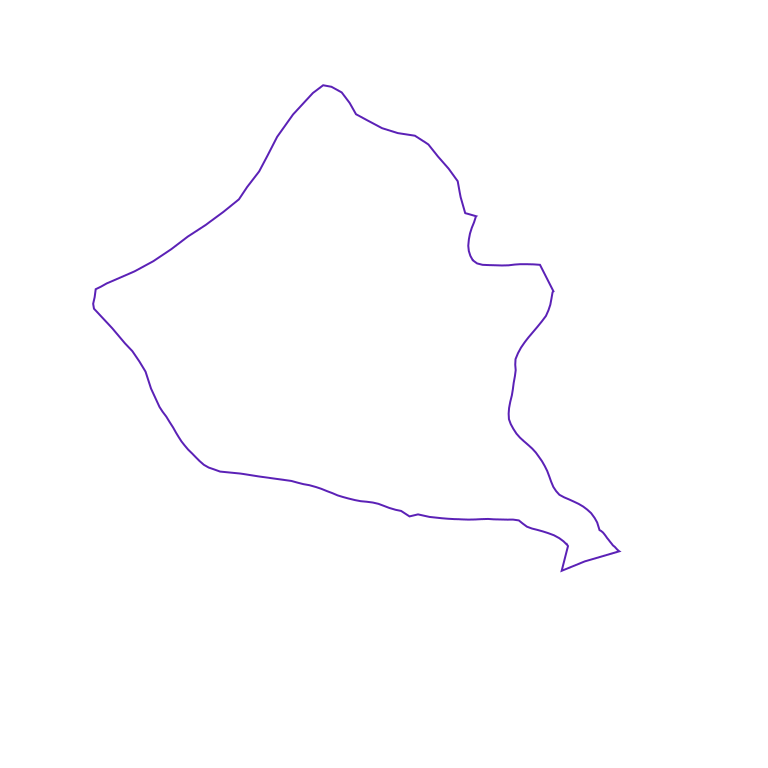 outline of Yafi', Lahij, Yemen, rotated 233°
{"feature_id": "15242507B78298704524990", "entity_name": "Yafi'", "entity_type": "district", "adm_level": 2, "iso_a3": "YEM", "parent_name": "Yemen", "parent_adm1": "Lahij", "projection": "equal_earth", "projection_center": [45.205, 13.861], "detail": "fine", "context": "isolated", "style": "outline", "palette": "violet", "viewbox_px": 768, "rotation_deg": 233, "n_neighbors": 0, "source": "geoboundaries", "source_scale": "gbopen_adm2", "svg_char_len": 2794}
<svg xmlns="http://www.w3.org/2000/svg" viewBox="0 0 768 768"><g transform="rotate(233 384 384)"><path d="M633.2,210.8L627.5,205.2L623.1,200.0L618.7,197.7L592.2,200.5L572.3,201.6L561.7,202.8L549.3,202.2L537.4,201.0L520.6,195.2L500.8,190.9L495.2,190.5L488.9,190.5L482.7,189.9L476.2,189.4L470.3,188.6L465.3,188.1L460.0,187.7L455.0,187.8L449.5,188.1L444.3,188.9L438.8,189.6L433.7,190.3L427.9,191.5L422.8,193.7L418.2,196.8L412.7,200.4L399.0,215.3L397.1,217.2L385.5,228.4L362.3,251.7L357.1,255.7L352.5,259.4L348.1,263.5L342.6,267.7L338.1,270.8L332.6,274.1L327.9,277.1L323.0,279.9L318.6,283.1L314.2,286.5L308.7,291.0L304.4,294.9L300.4,299.3L296.1,303.7L291.7,307.4L287.0,310.4L281.9,313.6L276.5,317.6L272.3,321.3L267.3,323.1L262.9,324.7L259.4,332.7L255.3,336.2L250.4,340.4L246.2,344.9L241.9,349.5L237.8,354.1L233.4,359.3L231.3,362.0L229.1,364.6L224.9,369.8L221.0,375.2L217.7,380.1L213.6,385.9L209.8,390.3L205.7,395.5L201.5,400.8L198.0,405.5L193.9,409.6L189.1,410.8L184.0,412.3L179.5,415.2L175.3,418.6L170.6,422.2L166.2,425.3L160.9,428.7L155.4,431.2L150.3,432.7L146.2,433.3L146.2,433.6L143.8,433.4L140.8,429.6L127.9,413.5L121.5,437.6L108.8,471.2L109.4,471.0L111.6,470.6L115.0,470.3L117.4,469.7L119.7,469.7L122.1,469.6L124.3,469.6L126.7,469.5L129.1,469.6L129.7,469.6L131.4,469.6L133.7,469.5L136.1,468.9L137.6,468.2L145.1,470.9L150.2,471.6L156.2,471.7L161.4,470.7L166.3,469.3L171.1,467.3L175.9,464.8L180.5,462.3L185.0,459.7L190.0,457.4L194.9,457.0L199.9,457.3L205.4,458.7L210.5,460.3L216.3,462.0L221.7,463.0L227.2,463.7L232.9,463.9L237.9,464.0L243.2,463.5L248.4,462.5L254.5,461.2L259.4,460.3L264.6,459.9L270.3,460.3L275.7,461.1L280.7,462.6L285.3,465.7L289.5,469.4L293.7,474.0L298.0,479.3L302.0,483.5L306.8,488.2L311.5,493.3L315.8,497.5L320.4,500.4L324.7,504.0L328.0,509.6L330.6,515.3L332.6,521.3L333.5,524.5L334.3,527.5L335.9,534.6L337.1,539.9L337.4,541.2L339.1,548.0L340.9,554.3L343.9,559.7L347.2,564.5L351.4,569.1L355.8,573.8L356.0,574.4L356.0,575.1L385.3,580.3L389.4,575.6L393.3,570.7L397.5,565.2L400.7,560.3L403.9,554.8L407.7,549.5L411.8,544.4L416.1,539.0L419.9,534.4L424.3,530.9L429.3,529.4L429.4,529.5L429.5,529.4L434.4,530.1L439.2,531.8L443.7,534.5L448.4,538.8L452.4,543.2L455.9,548.1L457.5,550.8L459.0,553.3L462.6,558.4L462.6,558.5L465.8,556.1L469.4,553.4L471.4,551.8L471.6,551.7L471.9,551.8L485.4,557.0L487.0,557.6L491.5,559.8L501.6,564.9L517.0,565.2L533.3,564.0L548.6,563.6L553.8,561.8L553.9,561.7L563.7,558.1L576.1,546.0L589.5,536.4L599.6,531.7L604.5,529.4L616.3,524.0L629.1,525.7L642.3,525.7L653.0,520.9L659.2,515.2L659.2,502.3L654.0,473.6L645.7,447.4L636.5,428.4L628.9,412.2L623.7,393.3L618.8,379.3L618.1,359.0L618.3,342.6L618.3,337.7L619.8,316.1L619.7,295.2L620.5,281.0L620.9,273.7L624.1,252.5L631.2,223.1L632.1,216.4L633.2,210.8Z" fill="none" stroke="#5b21b6" stroke-width="2"/></g></svg>